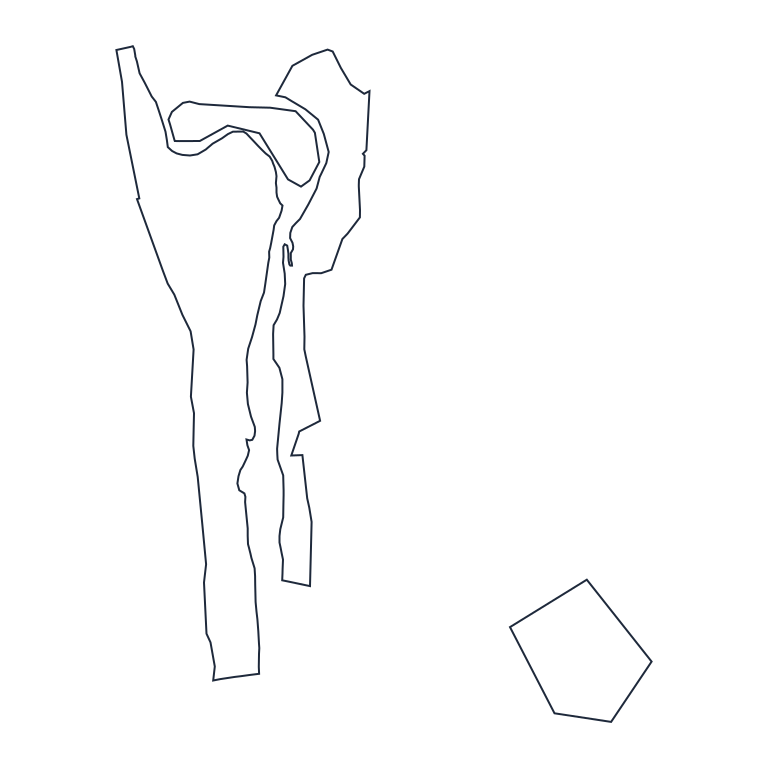 the district of Daraw, Aswan, Egypt
{"feature_id": "37247803B19070372883194", "entity_name": "Daraw", "entity_type": "district", "adm_level": 2, "iso_a3": "EGY", "parent_name": "Egypt", "parent_adm1": "Aswan", "projection": "robinson", "projection_center": [32.909, 24.391], "detail": "fine", "context": "isolated", "style": "outline", "palette": "slate", "viewbox_px": 768, "rotation_deg": 0, "n_neighbors": 0, "source": "geoboundaries", "source_scale": "gbopen_adm2", "svg_char_len": 3550}
<svg xmlns="http://www.w3.org/2000/svg" viewBox="0 0 768 768"><path d="M259.1,673.8L258.8,666.8L259.0,654.3L259.0,653.9L259.3,648.1L259.0,643.9L258.3,631.2L257.4,619.3L256.5,611.6L255.6,602.0L255.4,593.1L255.2,584.9L255.1,577.2L255.1,576.8L255.1,576.3L254.6,568.3L251.4,557.9L250.4,553.4L249.8,551.1L249.2,548.6L248.0,544.1L247.7,535.9L247.7,528.4L245.1,502.1L245.4,496.8L244.4,493.4L239.3,490.3L237.4,483.5L238.5,476.2L240.4,470.0L242.7,466.6L245.7,460.3L247.8,455.7L249.1,450.1L247.4,445.3L246.5,439.5L249.7,440.4L252.3,439.8L254.5,435.7L255.1,431.1L254.8,426.9L251.0,416.6L247.9,404.0L246.9,392.7L247.6,382.5L247.1,366.2L246.6,359.8L248.2,348.7L252.0,337.2L255.5,324.4L257.3,315.2L260.7,301.1L264.0,292.6L265.3,283.9L268.3,262.8L269.3,257.6L269.1,251.7L270.1,248.3L271.2,242.9L273.6,229.9L274.2,225.4L276.5,221.1L279.1,217.8L281.6,210.6L282.5,205.5L280.2,203.3L277.9,198.5L277.1,196.7L276.5,192.5L276.5,187.6L275.9,183.1L276.5,176.2L275.9,172.0L274.5,166.8L273.1,163.5L272.2,160.8L269.7,156.6L265.7,153.5L262.0,149.9L258.0,145.8L253.8,141.3L249.8,137.1L246.4,133.5L243.3,131.6L238.9,131.6L238.7,131.6L233.0,131.7L232.9,131.7L227.9,134.1L222.0,138.3L212.6,143.7L210.4,145.6L208.1,147.5L205.8,149.5L197.6,154.3L190.0,155.5L189.9,155.5L182.3,154.9L176.6,153.4L172.1,151.0L167.8,147.1L166.9,140.2L165.5,131.7L162.1,120.8L158.4,109.4L155.9,101.9L151.7,96.5L151.2,95.5L147.4,88.0L144.7,82.7L139.6,73.3L136.9,61.4L135.3,56.5L135.3,56.1L135.3,55.6L134.2,49.0L132.8,46.2L130.0,47.0L116.4,50.0L122.0,81.8L126.4,134.7L139.3,198.4L137.0,199.1L162.9,270.8L167.7,283.6L174.3,294.6L182.4,314.8L190.6,331.3L193.6,349.5L190.9,396.7L194.0,413.2L193.6,431.3L193.3,445.9L194.7,458.6L197.7,476.9L202.4,525.2L206.1,564.3L204.0,582.5L206.5,633.7L210.5,642.4L214.8,666.5L213.2,680.5L220.3,679.1L234.9,676.9L240.8,676.2L249.5,675.0L259.1,673.8ZM310.0,586.1L311.2,538.7L311.6,521.9L309.3,507.8L307.2,498.3L302.4,455.1L291.3,455.5L298.7,433.8L299.2,431.5L299.8,431.2L320.1,420.8L305.8,356.6L304.3,349.3L304.5,336.6L303.5,305.7L304.1,278.4L305.8,274.8L312.7,273.1L321.2,273.2L331.5,269.7L342.4,239.0L347.6,233.6L359.9,217.4L360.0,210.1L358.8,186.5L358.8,184.7L359.0,179.2L364.3,166.6L364.6,155.7L362.9,153.8L366.4,150.2L369.5,91.1L364.2,93.8L350.7,84.5L340.9,68.0L332.7,51.5L327.6,49.6L312.2,54.8L292.4,65.8L276.1,95.4L285.4,97.3L292.1,101.4L293.5,102.2L305.4,109.3L318.1,119.7L323.8,133.9L328.7,152.0L326.3,163.1L320.9,174.5L319.7,176.9L316.6,188.5L308.3,204.5L300.0,219.0L295.9,223.1L292.3,227.0L290.3,232.9L290.1,238.1L292.5,242.8L293.2,246.4L293.0,249.3L290.8,253.1L290.8,256.8L290.8,259.6L291.8,263.2L292.0,265.6L290.3,265.6L289.4,264.5L288.6,260.4L288.4,257.8L288.4,253.7L287.9,249.8L287.2,245.6L284.7,244.3L283.3,246.7L283.5,256.8L283.0,262.8L284.7,273.6L285.2,284.0L283.5,296.2L279.7,313.0L277.0,319.5L273.6,325.2L273.1,334.0L273.4,354.1L273.4,355.4L273.4,359.0L279.4,367.8L282.4,379.2L282.4,392.7L281.7,403.1L279.5,423.6L277.1,448.8L277.3,454.5L277.6,459.6L283.2,475.4L283.6,490.3L283.6,495.2L283.4,504.9L283.3,511.1L283.2,517.4L280.3,529.2L279.5,536.0L279.5,542.5L280.7,548.2L281.7,553.4L283.0,559.6L282.6,569.1L282.5,573.4L282.2,580.3L287.6,581.4L310.0,586.1ZM651.6,661.6L586.8,579.7L510.0,627.1L554.5,713.3L611.1,721.9L651.6,661.6ZM174.8,141.0L179.1,141.1L199.8,141.0L227.7,125.6L259.5,133.3L288.0,179.4L301.0,186.6L309.6,180.4L319.3,162.0L314.9,132.8L313.0,129.7L295.6,111.2L270.1,107.7L249.4,107.2L199.3,104.1L189.6,101.6L182.9,102.9L171.9,111.9L168.5,119.5L170.0,124.2L174.1,138.8L174.5,140.2L174.8,141.0Z" fill="none" stroke="#1e293b" stroke-width="2"/></svg>